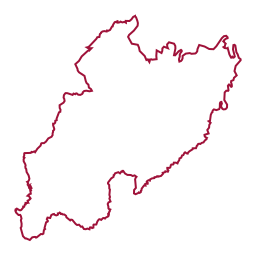 outline of Texcatepec, Veracruz, Mexico
{"feature_id": "50627088B91275102089847", "entity_name": "Texcatepec", "entity_type": "district", "adm_level": 2, "iso_a3": "MEX", "parent_name": "Mexico", "parent_adm1": "Veracruz", "projection": "equal_earth", "projection_center": [-98.314, 20.622], "detail": "fine", "context": "isolated", "style": "outline", "palette": "rose", "viewbox_px": 256, "rotation_deg": 0, "n_neighbors": 0, "source": "geoboundaries", "source_scale": "gbopen_adm2", "svg_char_len": 5723}
<svg xmlns="http://www.w3.org/2000/svg" viewBox="0 0 256 256"><path d="M29.8,240.0L32.3,237.3L34.7,236.9L35.6,237.0L36.0,237.6L36.7,237.4L40.9,234.0L42.5,234.2L43.4,233.6L43.9,230.1L45.1,229.0L44.5,228.2L46.1,222.3L47.6,221.6L47.9,221.0L46.8,219.2L47.5,217.6L50.2,218.0L51.3,215.1L52.9,214.2L54.0,214.0L54.2,214.6L56.2,215.4L57.7,214.9L58.1,214.2L57.9,213.4L59.3,213.1L59.7,212.6L60.6,213.2L60.9,214.0L62.1,213.9L62.5,214.4L64.3,214.5L65.4,215.3L66.1,215.9L66.4,217.3L70.2,220.4L71.0,219.6L72.3,219.9L75.7,224.0L77.1,225.0L79.0,224.7L81.0,226.8L82.3,226.5L83.9,229.0L85.8,229.2L87.3,228.6L89.5,229.3L89.9,227.5L91.0,227.3L92.1,228.1L93.4,227.6L93.4,225.0L93.7,224.6L96.3,224.5L97.4,221.4L98.8,219.5L99.8,219.2L101.2,219.9L102.9,218.2L103.8,218.0L104.9,218.5L105.1,218.0L108.3,216.3L108.2,214.2L108.9,214.4L108.9,212.3L109.7,211.5L109.7,210.6L110.3,209.5L108.8,208.9L108.4,208.2L108.4,206.7L107.7,204.0L108.5,202.4L110.5,201.5L109.4,198.6L110.0,197.0L109.4,194.9L109.9,189.5L109.3,188.5L109.2,185.0L108.0,183.6L108.1,182.5L111.2,178.4L113.5,176.9L113.7,175.2L114.1,175.2L115.1,173.3L118.3,172.2L120.0,173.4L121.3,171.6L122.0,171.8L122.4,170.9L123.2,170.9L125.0,173.5L127.4,174.9L130.8,175.0L132.7,176.0L134.6,175.4L136.5,176.8L135.7,177.7L135.1,179.3L135.9,187.9L134.1,190.0L134.0,193.4L135.6,194.2L138.3,193.0L138.8,192.4L139.6,192.9L140.8,192.1L140.9,190.8L141.4,190.5L141.7,188.6L144.0,185.5L145.5,185.6L145.1,184.1L146.2,183.6L147.6,183.8L147.8,183.0L146.7,181.8L147.1,181.1L148.5,180.2L149.9,180.6L150.1,179.4L152.0,178.4L154.3,178.1L154.5,177.2L156.0,177.1L156.9,176.3L157.9,176.2L158.1,176.7L161.1,175.9L163.0,173.8L162.7,172.8L165.0,172.2L165.3,171.3L167.9,171.7L168.4,170.5L167.3,169.0L167.3,167.9L169.7,167.9L170.4,167.1L170.8,165.2L171.4,164.5L173.1,164.5L173.5,164.1L173.8,162.7L176.0,162.7L177.5,163.4L178.2,161.6L179.2,160.3L179.5,158.4L181.2,157.7L182.0,155.5L183.3,155.1L184.5,152.7L185.1,152.3L186.7,153.4L187.7,153.6L188.0,152.7L189.4,151.3L192.6,149.3L192.7,148.3L196.0,148.2L196.8,145.8L197.3,145.6L197.9,144.2L199.1,143.7L200.3,144.0L201.7,142.9L203.5,142.4L204.9,140.4L206.5,139.2L206.5,138.4L206.9,137.9L205.4,137.1L204.6,136.0L204.5,134.8L208.6,133.5L207.3,130.0L209.1,127.6L209.3,124.8L210.6,122.8L208.7,121.2L210.0,120.7L210.8,114.8L211.7,112.8L212.5,112.1L212.4,111.3L213.1,110.1L213.9,109.4L216.4,110.1L219.2,109.1L219.8,107.4L219.9,103.5L220.2,102.5L221.1,101.9L221.4,101.9L221.9,103.6L221.1,105.5L221.2,106.9L222.5,108.9L223.5,109.4L225.3,109.2L226.2,108.6L227.0,107.4L227.1,104.6L224.3,100.0L224.7,92.4L226.3,90.7L228.2,90.8L228.5,90.3L227.9,85.8L228.9,84.5L229.4,84.6L230.8,86.6L231.5,86.8L231.9,86.2L231.7,84.2L231.0,82.3L231.2,81.0L233.4,80.1L234.0,77.8L236.7,75.4L234.5,71.1L235.7,65.9L240.6,60.3L240.6,59.2L238.8,57.8L237.6,54.2L236.4,52.3L235.3,45.5L234.4,44.8L233.4,45.1L233.0,49.4L234.8,56.6L233.7,57.6L232.4,56.7L231.9,57.7L231.1,57.7L229.4,54.4L227.7,48.0L227.2,48.4L224.5,48.0L223.5,47.1L224.8,46.4L225.2,44.6L225.7,43.7L223.5,41.5L224.0,41.4L224.0,40.3L225.9,38.7L227.6,38.2L227.6,37.3L226.2,35.8L223.9,36.2L221.8,38.2L216.3,46.3L213.5,49.2L209.2,49.0L204.6,46.5L199.2,45.0L197.5,49.1L197.2,51.4L196.0,53.0L195.2,53.5L191.5,53.8L189.8,53.1L185.8,53.6L182.6,55.9L182.6,58.2L182.0,59.8L181.0,61.0L179.4,61.6L179.0,60.0L179.1,58.6L179.8,56.5L179.7,54.9L180.5,52.9L181.5,51.7L181.8,51.0L181.5,50.3L181.0,49.9L178.6,51.3L175.2,55.3L174.0,55.2L175.4,48.6L175.3,46.0L174.1,43.7L169.0,42.3L167.1,44.4L167.3,46.9L167.9,48.2L163.9,46.7L162.4,48.4L162.3,50.9L161.5,53.0L156.7,50.4L156.3,55.8L156.6,59.2L152.1,59.7L151.4,59.3L149.3,59.6L149.8,60.8L149.4,62.1L147.7,59.4L146.4,60.0L144.7,56.0L139.7,51.0L139.0,47.6L137.8,44.8L131.8,43.7L128.1,36.9L129.1,34.9L133.9,30.6L137.6,25.8L137.9,23.1L137.3,20.7L136.0,17.2L135.0,16.5L135.0,16.0L133.2,16.9L131.4,19.4L129.5,21.0L125.8,20.9L125.9,22.7L124.4,21.9L122.3,22.4L120.5,21.6L119.7,22.3L117.8,22.7L117.5,22.6L117.6,21.2L117.3,21.1L116.5,22.3L115.4,21.9L114.7,22.2L113.1,24.7L112.7,26.4L112.0,26.5L110.1,29.9L108.3,30.8L107.0,30.5L106.7,31.5L104.3,31.1L102.4,31.5L101.0,32.6L101.0,33.1L99.9,34.1L99.4,37.0L97.3,37.2L96.4,38.8L89.5,46.1L88.4,47.0L86.9,47.4L88.2,48.2L91.5,48.2L89.3,50.5L89.0,50.1L87.6,51.0L81.7,56.4L79.0,60.9L75.3,64.2L77.5,68.9L77.7,70.5L79.0,72.3L84.5,75.9L85.8,81.2L86.6,83.1L88.4,84.6L88.9,87.6L91.0,89.1L91.9,90.8L89.5,91.3L86.4,90.7L84.2,91.0L82.7,92.4L82.7,93.3L82.1,94.0L80.3,94.9L78.2,94.7L76.7,93.4L75.9,93.5L75.3,94.2L73.5,93.6L72.6,94.9L67.4,93.2L65.7,93.1L65.1,93.5L63.9,95.2L63.6,97.7L64.2,98.7L64.6,101.0L63.5,102.7L59.6,105.2L59.7,108.0L60.5,109.7L60.3,111.8L59.0,112.3L56.6,118.6L56.7,120.2L55.3,120.7L55.2,122.7L54.3,123.7L53.1,123.7L53.1,125.2L54.3,129.0L54.1,129.8L53.0,130.9L53.1,131.9L52.6,133.2L52.6,135.1L51.5,136.8L48.3,138.4L45.9,141.7L44.0,143.1L41.9,143.1L41.2,143.5L40.6,145.6L37.4,148.7L35.1,152.2L34.4,151.4L32.4,152.2L31.5,151.9L30.8,152.9L24.5,153.1L24.2,153.7L24.2,155.7L23.6,157.0L23.8,157.7L24.4,157.9L23.6,159.2L23.7,161.3L25.3,164.3L25.6,165.6L25.3,166.4L25.5,168.1L26.2,169.0L26.6,172.0L28.6,175.4L29.4,178.7L28.9,180.3L28.0,181.6L27.2,181.9L28.2,183.2L27.7,184.1L27.7,184.8L28.4,185.7L29.0,185.4L28.6,186.0L29.0,187.4L30.6,186.2L31.5,188.1L30.1,189.0L31.1,190.3L30.7,190.9L30.3,190.7L30.8,193.7L29.0,194.4L27.6,195.8L28.9,196.1L30.6,198.4L30.4,198.7L29.9,198.6L30.0,199.2L29.0,200.0L27.6,200.7L28.2,202.6L27.5,202.4L27.2,203.0L25.5,202.9L25.4,203.5L25.9,203.6L25.7,204.4L24.8,204.7L24.2,206.7L23.2,206.7L23.3,207.4L21.4,209.8L20.6,210.3L19.5,210.2L16.8,208.6L15.6,209.4L16.1,210.5L15.4,210.9L16.1,212.6L18.5,215.0L20.2,214.9L20.9,216.1L21.5,218.6L20.9,220.2L21.6,223.6L21.5,226.6L20.7,227.9L23.0,236.2L25.3,238.5L26.1,238.4L29.8,240.0Z" fill="none" stroke="#9f1239" stroke-width="2"/></svg>